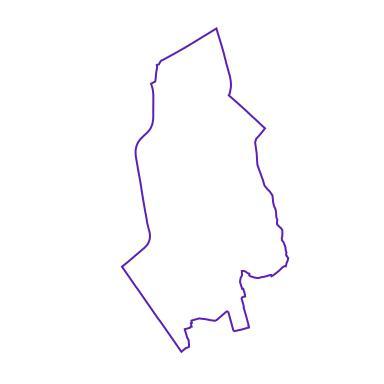 the district of Oshodi/Isolo, Lagos, Nigeria, rotated 165°
{"feature_id": "59680162B18924931802221", "entity_name": "Oshodi/Isolo", "entity_type": "district", "adm_level": 2, "iso_a3": "NGA", "parent_name": "Nigeria", "parent_adm1": "Lagos", "projection": "robinson", "projection_center": [3.31, 6.537], "detail": "fine", "context": "isolated", "style": "outline", "palette": "violet", "viewbox_px": 384, "rotation_deg": 165, "n_neighbors": 0, "source": "geoboundaries", "source_scale": "gbopen_adm2", "svg_char_len": 4145}
<svg xmlns="http://www.w3.org/2000/svg" viewBox="0 0 384 384"><g transform="rotate(165 192 192)"><path d="M279.0,138.0L278.1,135.6L277.0,132.6L273.6,123.1L270.8,115.1L269.8,112.8L268.6,109.5L266.0,102.2L262.6,92.7L260.3,86.3L260.2,85.9L260.0,85.3L259.8,84.8L259.7,84.3L259.2,83.1L258.7,81.7L257.9,79.5L256.8,76.8L256.1,75.1L248.7,54.7L244.7,43.4L243.6,40.4L238.4,42.8L236.5,42.9L235.1,43.1L234.9,43.7L234.5,44.8L234.3,45.8L234.1,47.2L233.7,49.4L233.6,50.0L233.9,51.2L234.2,51.9L234.4,52.8L234.4,55.4L234.5,59.5L234.6,60.2L234.6,60.8L234.5,61.4L232.2,61.3L229.0,61.4L228.5,62.1L227.2,62.0L227.1,65.5L226.0,65.6L225.9,67.9L220.7,68.0L217.6,68.0L215.8,67.2L211.5,65.5L207.3,63.4L203.2,61.7L201.9,61.8L200.1,62.5L193.8,65.6L189.6,67.6L189.1,67.6L188.3,67.0L188.0,66.2L187.9,54.5L187.9,49.0L187.8,47.6L187.6,47.2L187.0,46.6L184.2,46.5L180.6,46.3L172.0,46.4L172.0,47.7L172.1,48.1L171.8,48.2L171.8,48.5L171.8,52.4L171.8,56.7L171.9,62.9L172.0,67.3L171.7,67.5L171.6,68.6L171.6,69.6L171.6,71.6L171.7,75.1L171.7,76.3L171.1,77.1L170.5,77.3L169.4,77.5L168.3,77.4L167.7,77.3L167.5,78.7L167.4,80.7L167.4,83.0L167.6,85.3L168.6,85.4L168.8,89.7L168.9,92.8L168.5,93.5L167.4,96.2L166.0,97.7L165.0,98.9L164.9,100.2L164.7,101.3L164.4,102.1L164.3,102.8L163.6,102.6L162.5,102.4L161.5,101.8L160.8,101.1L159.4,99.4L158.8,99.0L157.8,98.2L157.7,98.0L158.3,96.7L157.8,95.9L157.3,95.4L156.6,95.0L154.3,93.5L151.8,92.3L150.2,91.7L149.4,91.7L148.3,91.8L146.9,91.7L144.6,91.5L142.4,91.4L139.5,91.5L137.7,91.5L137.1,91.4L137.0,90.1L136.6,90.2L136.2,90.2L134.7,90.7L132.7,91.5L130.0,92.6L128.4,93.4L126.5,94.4L124.6,95.6L122.7,96.2L122.5,96.3L122.4,96.3L121.1,96.4L120.6,96.0L120.2,96.7L119.6,97.9L118.7,99.3L117.4,100.9L116.5,102.5L116.3,102.9L116.3,103.0L116.2,103.2L116.9,105.1L116.9,105.3L116.9,105.6L117.3,106.0L117.4,106.3L117.4,106.5L117.3,107.1L117.2,107.7L116.7,108.5L116.4,109.1L116.5,110.1L116.5,111.1L116.5,111.4L116.4,112.7L116.2,113.4L116.1,114.3L116.1,115.9L116.4,117.7L116.4,118.6L116.7,120.0L117.2,121.0L117.5,122.2L117.6,122.3L117.4,122.9L117.3,123.8L117.0,124.7L116.4,125.5L116.2,125.9L116.0,126.8L115.8,127.4L115.5,127.9L115.4,128.4L115.2,129.8L114.7,131.2L114.7,131.8L114.7,132.1L115.4,134.1L116.4,135.5L118.2,138.7L118.2,138.8L117.7,140.8L116.9,142.9L116.8,143.0L117.0,144.5L117.0,145.9L117.0,146.3L116.8,147.3L116.5,148.6L116.2,150.0L115.9,152.0L115.8,153.3L115.8,153.5L115.9,154.5L116.3,156.2L116.4,159.1L116.4,159.3L116.1,162.1L115.2,167.6L115.2,167.8L116.7,172.3L118.3,175.0L120.3,179.3L120.4,183.1L120.4,184.3L120.4,184.6L120.4,184.9L120.7,188.1L121.8,201.3L121.0,205.4L119.5,212.8L119.0,217.0L118.2,223.6L116.3,226.7L111.4,229.9L107.1,233.0L105.0,234.6L108.2,239.6L111.9,245.7L114.1,249.0L114.3,249.3L119.3,257.4L128.1,270.9L130.8,274.9L131.5,275.8L130.3,277.1L129.3,278.9L127.4,283.0L126.6,285.3L125.8,289.6L125.5,293.3L125.4,294.5L125.5,297.1L125.5,301.7L125.6,307.8L125.5,309.2L125.5,310.8L125.5,312.4L125.5,314.0L125.4,316.1L125.4,317.9L125.4,318.9L125.5,325.1L125.8,334.0L126.0,339.3L126.1,343.6L130.6,342.3L149.2,336.8L154.4,335.3L159.5,333.8L173.5,330.1L182.7,327.9L188.1,326.7L188.5,326.4L190.3,324.6L191.0,323.8L191.4,323.8L192.9,323.9L193.2,323.8L193.3,322.1L193.4,321.5L194.7,318.8L196.4,314.8L197.6,311.3L198.9,308.2L200.3,308.0L202.0,307.5L203.6,307.1L203.5,305.7L203.3,302.3L203.6,299.5L204.1,296.4L204.8,293.6L205.6,290.7L206.9,285.9L209.1,277.9L209.6,275.9L210.1,274.2L210.9,271.8L212.2,268.9L213.1,267.3L214.0,266.1L215.4,264.3L217.2,262.8L219.3,261.3L221.1,260.3L224.2,258.7L225.3,258.0L226.6,257.3L227.6,256.8L230.1,254.9L231.3,253.8L232.6,252.3L233.2,251.4L233.7,250.7L234.1,250.1L235.6,247.1L236.1,245.3L236.6,243.5L236.9,241.9L237.2,239.6L237.5,235.8L238.0,230.6L238.3,227.5L239.1,217.5L239.8,210.4L240.3,205.9L240.5,204.0L240.9,199.9L241.7,191.6L242.4,183.3L242.4,182.8L242.7,179.3L242.9,177.3L243.1,175.9L243.3,172.9L243.4,169.3L243.4,167.8L243.4,165.6L243.4,164.5L243.5,163.1L243.7,161.7L244.0,160.2L244.3,159.5L244.7,158.2L245.4,156.9L246.0,155.8L246.9,154.7L247.9,153.5L249.2,152.3L252.3,150.4L254.1,149.6L258.5,147.5L265.4,144.2L271.6,141.2L275.5,139.5L279.0,138.0Z" fill="none" stroke="#5b21b6" stroke-width="2"/></g></svg>